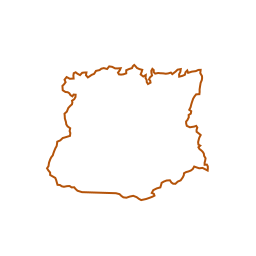 outline of Lagoão, Rio Grande do Sul, Brazil, rotated 245°
{"feature_id": "56859067B28681273525676", "entity_name": "Lagoão", "entity_type": "district", "adm_level": 2, "iso_a3": "BRA", "parent_name": "Brazil", "parent_adm1": "Rio Grande do Sul", "projection": "robinson", "projection_center": [-52.774, -29.241], "detail": "fine", "context": "isolated", "style": "outline", "palette": "amber", "viewbox_px": 256, "rotation_deg": 245, "n_neighbors": 0, "source": "geoboundaries", "source_scale": "gbopen_adm2", "svg_char_len": 2892}
<svg xmlns="http://www.w3.org/2000/svg" viewBox="0 0 256 256"><g transform="rotate(245 128 128)"><path d="M145.5,58.1L143.2,56.7L141.7,55.6L140.4,53.7L138.2,51.3L136.5,49.6L135.0,48.3L134.0,46.2L132.6,44.4L130.0,41.8L127.0,39.8L125.7,37.6L123.2,37.9L120.6,38.6L118.3,37.6L113.5,41.0L111.3,40.9L108.2,40.4L106.3,40.1L105.1,42.2L103.1,43.4L101.8,45.1L101.0,48.4L100.0,50.6L98.0,51.8L97.0,54.2L94.9,54.7L92.5,55.7L89.3,59.2L74.0,89.5L71.6,92.4L69.2,93.3L67.1,94.5L65.5,97.1L65.1,100.7L64.3,104.1L61.7,106.6L59.1,108.0L57.1,109.5L56.0,114.4L55.6,118.2L55.4,121.1L55.5,123.4L57.4,123.6L59.1,122.1L61.0,124.6L61.1,128.6L60.5,132.2L62.6,134.1L64.1,135.3L64.3,137.9L64.1,140.8L62.9,143.9L60.2,144.3L58.4,145.4L57.4,147.4L58.4,150.4L58.3,153.6L60.1,156.8L61.7,158.7L63.3,159.6L63.5,162.1L63.1,164.1L62.9,166.9L63.4,169.3L65.1,171.7L63.4,173.4L61.4,175.5L60.3,178.7L57.9,180.6L55.8,182.2L57.5,183.2L59.5,184.1L61.5,184.0L62.3,181.9L64.2,182.8L65.9,184.2L67.8,185.5L70.5,185.2L72.8,185.9L75.0,185.6L76.8,184.9L78.7,183.9L80.8,183.7L81.5,186.0L83.2,184.8L85.6,185.6L87.0,186.7L89.1,188.5L90.9,190.9L92.5,190.2L95.6,188.6L97.3,189.3L99.1,191.0L101.1,190.7L101.3,188.6L101.9,186.5L102.5,184.4L105.1,182.2L107.5,182.6L109.3,183.4L110.1,185.2L112.0,187.6L114.2,188.5L114.5,191.0L116.5,192.4L118.6,191.2L120.4,193.5L122.5,195.2L124.2,196.7L127.0,199.4L128.5,201.6L129.7,204.0L128.5,207.0L130.3,208.1L132.7,209.2L135.3,210.9L138.2,212.9L140.3,215.2L142.0,216.3L143.8,217.0L147.2,216.7L150.0,218.4L150.9,216.3L150.9,213.5L152.1,209.7L152.6,205.8L155.1,206.0L154.2,203.7L152.2,202.0L152.3,199.1L152.9,196.1L155.1,197.0L156.8,199.2L159.1,200.7L159.9,197.6L159.0,194.9L158.1,190.9L160.1,190.3L160.5,187.4L161.2,185.2L162.7,182.9L164.0,180.4L165.1,178.6L165.8,175.6L167.9,174.9L169.6,175.8L171.3,175.1L170.0,173.3L168.0,172.5L165.4,172.0L164.6,169.3L163.2,167.6L161.4,168.1L159.6,167.6L159.4,164.7L161.6,164.4L163.8,165.2L165.8,165.0L168.5,166.5L168.2,163.6L171.2,162.1L173.1,164.1L174.7,165.5L176.6,163.2L178.6,161.5L180.8,160.9L182.5,160.3L181.9,158.4L180.6,157.0L181.0,153.8L181.1,150.8L178.3,149.5L178.6,146.5L179.3,144.3L180.4,142.5L182.4,142.3L183.8,144.9L185.3,146.6L186.4,143.7L187.5,141.5L190.1,139.5L191.8,137.0L190.3,134.0L192.5,131.4L193.0,128.9L192.5,126.7L193.3,123.1L191.4,120.2L191.5,117.5L191.1,115.1L190.8,113.0L193.6,112.2L195.9,113.8L196.8,111.7L197.4,109.8L196.2,106.9L198.6,105.1L200.6,104.1L200.6,102.0L198.7,100.7L195.8,99.6L197.2,96.1L200.1,93.9L198.6,90.9L195.9,90.8L194.6,88.4L193.9,86.4L191.9,85.6L189.8,84.8L187.1,86.5L185.9,88.5L184.3,89.5L182.0,89.8L180.2,91.0L181.3,92.8L180.3,94.6L178.3,93.5L176.8,91.4L176.4,88.8L174.7,88.4L173.1,87.2L172.5,85.1L171.4,82.4L168.7,79.5L167.8,76.5L165.8,75.8L163.3,74.8L159.7,74.3L157.4,73.6L155.0,73.9L152.2,75.5L149.9,73.8L147.8,73.6L145.4,72.1L146.1,66.9L146.5,64.6L145.4,61.4L145.5,58.1Z" fill="none" stroke="#b45309" stroke-width="2"/></g></svg>